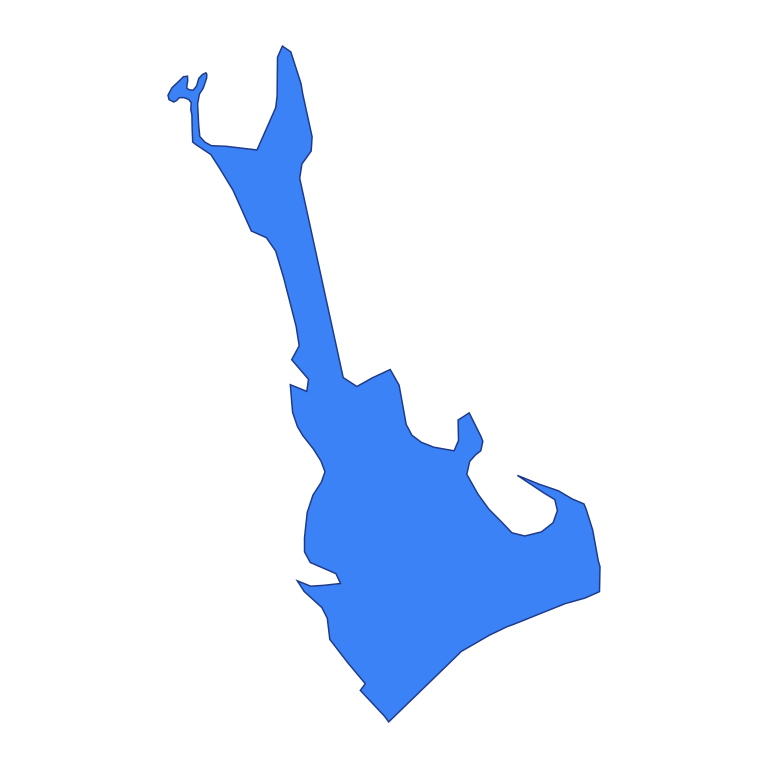 Meketii, Koror, Palau
{"feature_id": "81905179B7875466527963", "entity_name": "Meketii", "entity_type": "district", "adm_level": 2, "iso_a3": "PLW", "parent_name": "Palau", "parent_adm1": "Koror", "projection": "mercator", "projection_center": [134.481, 7.348], "detail": "fine", "context": "isolated", "style": "filled", "palette": "blue", "viewbox_px": 768, "rotation_deg": 0, "n_neighbors": 0, "source": "geoboundaries", "source_scale": "gbopen_adm2", "svg_char_len": 1724}
<svg xmlns="http://www.w3.org/2000/svg" viewBox="0 0 768 768"><path d="M517.4,475.4L543.9,493.0L554.8,499.6L557.4,510.6L553.1,522.7L541.4,531.9L524.7,536.0L511.9,532.8L502.4,522.8L488.9,509.2L478.0,494.2L466.8,474.3L469.7,461.4L475.4,455.0L480.8,450.7L482.8,441.4L481.1,436.8L469.2,412.9L458.1,420.0L458.5,440.5L454.1,450.8L433.7,447.2L421.3,442.3L411.9,435.2L406.2,424.5L399.1,385.2L390.2,369.5L372.0,378.0L356.9,386.5L343.2,377.6L299.7,178.3L301.9,164.0L311.2,151.0L312.1,136.8L302.8,94.3L301.0,83.6L290.8,51.9L282.4,46.1L277.5,57.3L277.1,96.1L275.7,107.7L268.2,124.7L257.0,150.0L226.1,146.3L211.4,145.7L205.0,142.2L199.8,136.6L198.7,125.4L197.6,103.8L199.4,94.1L203.2,88.2L206.6,78.2L206.8,74.4L205.9,72.8L202.3,74.6L198.8,78.4L196.6,86.0L193.2,90.2L189.3,89.8L186.9,88.4L186.9,85.6L187.7,80.8L187.5,76.2L183.4,76.7L180.9,79.3L171.9,87.8L168.0,95.2L169.0,99.6L173.7,102.0L176.2,100.8L179.3,97.7L184.0,97.6L188.6,99.4L191.2,102.6L190.8,110.0L191.9,114.7L192.2,129.5L192.7,142.0L195.1,144.0L210.9,154.6L219.8,168.5L233.1,190.4L251.3,231.0L266.4,237.7L275.7,251.1L283.7,277.9L296.1,326.2L299.2,345.8L291.7,359.7L308.5,379.3L306.8,391.4L290.3,384.7L292.6,412.4L297.5,426.7L302.8,435.6L313.4,449.0L321.0,461.1L325.0,471.8L321.4,482.1L313.0,495.0L307.2,512.5L304.5,537.9L304.5,551.8L310.3,562.5L336.0,573.7L340.5,583.5L324.1,585.3L310.7,586.2L297.3,580.8L304.2,591.5L321.9,607.6L327.3,618.2L329.8,639.4L348.0,663.0L365.3,683.7L360.3,690.4L384.6,716.3L388.7,721.9L444.1,668.2L461.3,651.4L489.2,635.3L506.3,627.0L513.4,624.4L564.9,603.7L585.4,597.9L599.5,591.6L600.0,566.6L598.3,560.9L592.7,530.0L586.3,509.7L584.0,504.0L571.9,498.8L558.6,490.9L539.1,484.2L517.4,475.4Z" fill="#3b82f6" stroke="#1e3a8a" stroke-width="1.5"/></svg>